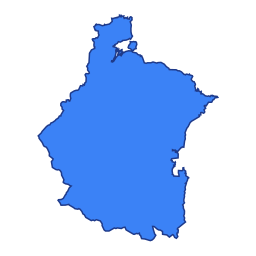 the district of Langkat, Sumatera Utara, Indonesia
{"feature_id": "22746128B45262154134474", "entity_name": "Langkat", "entity_type": "district", "adm_level": 2, "iso_a3": "IDN", "parent_name": "Indonesia", "parent_adm1": "Sumatera Utara", "projection": "mercator", "projection_center": [98.309, 3.76], "detail": "fine", "context": "isolated", "style": "filled", "palette": "blue", "viewbox_px": 256, "rotation_deg": 0, "n_neighbors": 0, "source": "geoboundaries", "source_scale": "gbopen_adm2", "svg_char_len": 5721}
<svg xmlns="http://www.w3.org/2000/svg" viewBox="0 0 256 256"><path d="M62.2,102.0L60.9,103.4L60.8,105.5L62.1,107.2L62.1,109.1L63.6,110.4L61.0,114.7L60.9,115.9L59.4,116.0L58.2,118.1L55.9,119.6L55.3,120.5L52.6,122.4L50.9,123.0L49.8,124.9L48.4,125.1L46.5,126.5L42.1,131.4L41.3,132.9L38.2,135.9L39.0,137.1L39.1,138.4L42.2,142.5L43.6,145.6L44.3,146.4L46.2,147.1L47.4,148.7L49.4,153.1L49.3,155.8L53.1,158.9L52.8,159.9L51.4,161.6L52.4,167.4L55.8,169.5L57.4,169.9L58.5,169.6L59.9,170.3L61.0,171.8L61.5,173.1L61.6,175.1L63.9,179.7L63.2,182.2L63.4,182.6L65.5,183.8L68.5,184.4L69.6,185.4L71.2,186.0L69.3,187.8L67.6,191.4L66.5,192.5L65.9,194.5L65.5,194.6L63.3,198.4L61.3,199.5L58.5,199.7L58.5,200.4L58.2,200.5L60.2,203.2L61.0,205.2L65.3,205.1L68.8,204.4L69.0,204.9L73.6,207.6L74.9,208.7L78.0,209.2L78.8,208.6L80.1,209.3L81.9,211.5L82.9,213.9L84.3,214.7L85.8,217.4L91.3,220.6L93.1,220.0L94.6,220.7L96.3,219.7L100.3,220.9L102.2,223.9L102.1,225.6L104.1,229.9L105.5,231.0L109.0,231.0L114.3,228.0L115.9,228.5L117.3,227.9L121.4,228.5L122.9,227.6L125.0,227.2L126.1,229.9L133.5,234.2L134.2,234.3L136.8,233.4L137.8,233.8L139.4,233.2L139.6,234.8L140.6,235.6L141.6,238.6L144.9,239.0L150.3,240.6L152.1,240.0L153.8,238.5L155.8,235.2L154.7,234.0L153.4,229.8L152.6,226.4L153.5,226.4L154.3,226.6L157.3,229.2L158.9,230.0L160.4,230.1L162.5,231.5L162.6,234.3L166.8,234.9L169.4,237.1L172.7,234.6L173.5,235.1L174.7,237.4L176.4,238.3L177.8,236.6L177.0,234.3L177.0,233.1L178.0,232.8L178.3,229.9L177.4,229.3L177.5,228.4L185.5,222.0L184.2,220.0L184.6,217.9L183.7,215.9L184.4,214.0L184.5,210.9L183.4,208.2L183.3,206.1L182.6,204.9L184.5,202.8L183.9,201.6L183.8,199.7L184.5,196.5L184.3,195.0L185.0,192.7L184.4,191.7L185.4,189.5L185.1,187.2L186.3,183.5L185.6,183.2L186.3,182.8L187.5,180.0L187.9,177.9L188.6,178.0L188.7,177.6L185.8,175.7L186.0,174.0L185.2,173.3L185.9,173.0L185.4,172.1L185.7,171.2L183.9,169.7L183.7,167.7L182.9,167.9L183.0,169.8L182.2,170.7L178.5,170.5L178.4,173.0L178.9,174.4L179.0,176.3L173.9,176.1L173.5,175.0L172.3,174.3L172.6,173.6L172.1,170.8L172.5,168.3L173.3,167.7L173.8,165.7L174.5,166.5L174.9,166.2L174.8,165.4L174.2,165.0L175.1,164.7L175.3,164.1L174.7,163.0L175.4,162.6L175.3,162.2L175.0,162.6L172.2,161.7L172.2,160.5L171.2,160.3L171.2,159.6L171.7,158.7L178.1,157.9L178.2,154.0L177.7,152.9L175.4,152.2L175.3,151.0L174.7,150.4L172.5,150.7L172.5,149.7L174.0,150.3L175.2,150.0L176.3,151.0L177.8,151.4L181.3,147.4L181.8,147.6L182.5,146.9L183.8,147.2L184.6,140.9L185.3,138.9L185.0,136.0L185.4,135.7L185.5,134.5L185.0,132.8L186.8,128.3L188.2,126.5L190.1,122.6L191.6,121.2L199.5,116.5L199.0,115.1L200.8,114.9L200.8,112.6L202.0,112.4L203.4,113.2L204.5,112.6L204.7,111.6L204.0,109.8L205.7,108.2L204.4,106.4L204.4,105.7L205.1,105.4L205.5,106.0L206.2,105.9L208.5,102.3L211.7,102.2L212.9,99.9L213.8,99.6L214.9,97.9L217.8,97.4L217.1,96.4L212.7,96.0L211.1,95.4L210.1,96.6L208.8,95.9L207.5,96.3L205.2,95.8L203.3,94.2L201.6,93.5L201.1,93.9L200.7,93.0L201.0,92.1L199.3,91.4L198.9,90.7L196.9,91.2L196.0,90.8L194.7,85.9L195.4,84.9L195.3,84.0L194.1,81.7L192.8,81.5L191.4,79.8L191.3,79.0L192.7,76.4L192.3,75.7L189.3,74.7L189.3,74.3L188.7,74.7L186.7,74.1L185.4,74.8L185.0,74.4L184.1,74.5L181.5,71.9L179.4,70.8L178.0,70.8L176.2,69.8L169.3,69.6L168.9,68.4L166.3,66.6L164.3,64.2L161.0,62.4L157.8,62.6L156.9,63.1L153.0,62.0L150.8,62.8L147.5,62.8L146.1,63.3L144.3,62.8L142.6,57.9L141.8,56.4L141.1,56.4L141.6,56.0L140.1,55.0L139.9,55.2L137.8,54.5L136.5,53.0L132.8,52.2L131.4,51.0L128.6,50.8L125.4,51.6L124.2,52.5L123.6,52.2L121.1,55.8L120.0,54.8L118.0,55.3L116.0,57.5L113.9,61.0L112.6,62.0L111.5,61.7L111.7,60.7L113.3,60.6L113.9,58.6L115.2,56.4L116.0,52.7L115.7,50.6L116.7,48.1L115.9,47.4L113.1,46.6L113.2,46.0L115.0,45.3L114.8,44.7L117.3,43.4L118.4,41.7L120.2,42.1L122.2,41.1L122.5,40.5L126.1,40.1L128.9,39.1L129.4,38.5L130.6,39.2L132.5,36.1L131.6,34.8L131.0,32.0L130.9,28.6L131.3,25.1L130.2,21.7L132.1,19.8L131.8,19.0L132.1,17.9L131.3,17.0L130.6,16.8L129.4,17.8L129.2,19.1L127.4,18.7L127.4,17.3L126.0,18.2L125.2,17.6L124.2,18.4L123.5,16.9L123.8,16.0L122.0,16.2L121.2,15.4L120.9,16.8L119.5,15.4L119.4,16.5L118.8,16.9L116.6,17.5L116.8,17.7L114.0,18.1L113.4,18.6L111.7,18.3L112.2,21.4L109.5,24.0L105.5,24.9L104.6,24.4L104.3,25.3L102.3,25.7L99.1,24.5L97.0,24.6L96.3,24.1L95.6,24.7L95.7,25.4L93.9,26.6L95.1,30.0L95.6,29.9L95.8,30.6L98.3,31.1L98.4,33.8L99.0,35.0L97.5,37.9L96.1,37.7L95.1,38.7L92.8,38.8L92.3,39.2L92.9,40.7L93.8,41.4L94.2,42.4L93.9,45.0L94.2,46.9L94.7,46.9L94.7,48.4L91.5,49.9L89.5,53.2L89.0,62.8L88.0,63.9L87.5,65.5L86.7,66.2L87.7,68.0L87.6,70.0L89.2,72.3L89.3,73.1L88.5,73.7L86.0,73.6L85.1,74.8L86.2,77.7L86.0,81.9L84.8,83.0L84.4,85.0L83.1,84.4L82.7,85.9L80.5,85.7L78.7,89.6L77.6,90.3L76.1,90.3L74.1,91.0L70.9,92.9L70.4,93.9L70.3,96.3L70.8,98.5L69.7,101.1L69.2,101.1L68.4,99.8L67.1,99.9L66.2,100.2L66.5,101.2L65.9,102.1L63.2,101.7L62.2,102.0ZM133.8,41.5L132.1,41.9L130.2,41.6L130.5,42.9L129.3,45.0L128.9,45.1L128.1,47.5L128.6,48.2L130.4,48.7L132.1,50.3L133.0,50.5L133.5,50.3L134.2,49.2L136.2,48.6L135.8,47.0L136.8,44.5L136.4,42.4L135.7,41.7L134.9,41.9L133.8,41.5ZM121.8,51.0L120.6,51.0L119.7,51.4L118.4,52.9L117.9,54.3L120.4,54.0L121.2,53.1L122.1,53.3L122.4,51.9L121.8,51.0ZM116.6,51.5L117.2,50.4L118.2,49.4L117.9,48.4L116.9,48.8L116.3,50.1L116.1,50.7L116.6,51.5ZM198.6,90.3L198.6,89.4L197.8,88.6L197.3,89.8L196.1,90.6L197.8,90.8L198.6,90.3ZM122.0,49.6L121.4,49.7L120.4,50.8L121.9,50.8L122.0,49.6ZM118.4,49.9L117.3,50.5L117.4,51.0L118.1,50.5L118.4,49.9ZM119.4,50.8L119.7,50.1L118.8,51.3L119.3,51.2L119.6,50.6L119.4,50.8ZM121.2,54.4L121.5,53.9L121.2,53.4L120.8,54.3L121.2,54.4ZM212.7,95.5L212.7,95.9L213.5,95.9L213.3,95.7L212.7,95.5ZM201.0,92.8L201.4,92.0L201.2,91.6L201.1,91.8L201.0,92.8Z" fill="#3b82f6" stroke="#1e3a8a" stroke-width="1.5"/></svg>